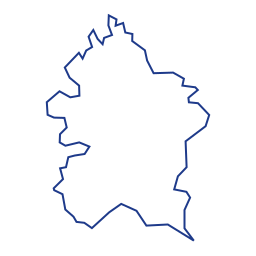 the district of Shurchi, Surkhandarya, Uzbekistan
{"feature_id": "79887680B75578252058464", "entity_name": "Shurchi", "entity_type": "district", "adm_level": 2, "iso_a3": "UZB", "parent_name": "Uzbekistan", "parent_adm1": "Surkhandarya", "projection": "robinson", "projection_center": [67.865, 37.956], "detail": "fine", "context": "isolated", "style": "outline", "palette": "blue", "viewbox_px": 256, "rotation_deg": 0, "n_neighbors": 0, "source": "geoboundaries", "source_scale": "gbopen_adm2", "svg_char_len": 968}
<svg xmlns="http://www.w3.org/2000/svg" viewBox="0 0 256 256"><path d="M123.1,23.0L115.6,25.7L116.5,19.4L108.8,15.4L108.4,25.4L112.0,35.0L104.1,37.9L102.6,44.2L97.6,38.9L93.3,30.0L88.6,36.7L92.1,47.0L86.2,50.5L82.6,58.6L78.9,52.8L64.8,67.5L69.6,77.7L79.1,85.6L79.4,95.7L70.3,97.3L59.5,91.3L46.8,102.2L47.6,114.8L54.0,117.6L64.4,117.9L66.7,127.5L60.0,134.2L59.7,142.4L65.4,145.7L79.2,142.4L89.4,146.6L84.6,154.0L74.8,155.5L68.3,157.2L66.0,167.2L60.1,168.3L63.0,179.1L53.7,188.3L54.2,190.2L62.5,194.2L65.3,209.5L73.5,216.7L76.5,221.9L84.3,222.8L91.9,228.1L109.2,212.3L121.2,203.9L136.5,210.8L146.4,225.6L167.8,224.5L193.8,240.6L184.5,228.3L184.5,210.0L190.1,197.6L186.4,191.8L174.2,189.4L177.9,176.3L186.6,167.2L185.6,141.3L205.6,126.2L209.2,115.0L198.0,103.2L188.9,102.3L188.4,97.8L197.8,90.0L195.3,87.3L182.4,85.6L183.9,78.7L173.1,72.6L153.6,73.2L147.1,60.5L144.9,50.3L132.2,41.0L132.4,34.0L125.3,32.5L123.1,23.0Z" fill="none" stroke="#1e3a8a" stroke-width="2"/></svg>